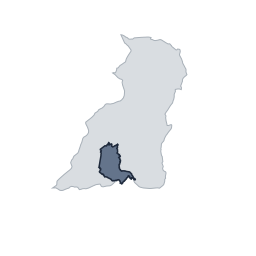 location of Yalinga, Haute-Kotto, Central African Republic, rotated 128°
{"feature_id": "33826404B77142922363915", "entity_name": "Yalinga", "entity_type": "district", "adm_level": 2, "iso_a3": "CAF", "parent_name": "Central African Republic", "parent_adm1": "Haute-Kotto", "projection": "orthographic", "projection_center": [23.642, 7.657], "detail": "fine", "context": "in_parent", "style": "filled", "palette": "slate", "viewbox_px": 256, "rotation_deg": 128, "n_neighbors": 0, "source": "geoboundaries", "source_scale": "gbopen_adm2", "svg_char_len": 8304}
<svg xmlns="http://www.w3.org/2000/svg" viewBox="0 0 256 256"><g transform="rotate(128 128 128)"><path d="M173.0,98.5L175.1,99.1L175.5,99.7L174.9,101.9L175.3,103.2L176.5,104.4L177.7,104.8L178.9,105.1L182.9,105.8L184.6,106.6L186.9,109.1L189.7,111.4L190.3,112.6L190.2,113.7L189.4,115.0L189.5,115.6L190.8,116.9L192.3,118.3L195.0,119.8L199.6,122.1L201.8,123.7L202.5,124.9L203.7,126.3L205.4,127.4L206.5,128.4L205.7,131.0L206.0,131.9L206.4,132.6L207.4,133.6L207.8,134.9L208.8,136.6L209.9,137.3L211.8,137.6L212.8,138.4L215.0,139.7L217.0,140.8L217.9,141.6L218.4,142.3L218.9,143.1L219.1,143.9L219.2,145.7L219.6,147.9L220.7,149.4L221.7,150.5L217.5,149.2L216.9,149.2L216.2,149.4L214.0,151.0L213.3,151.2L210.5,150.9L203.9,149.7L198.7,148.5L197.2,148.1L194.5,147.7L192.7,148.5L191.0,151.3L190.5,151.9L187.8,152.7L186.6,152.5L183.5,153.3L178.7,152.1L177.0,152.4L175.7,153.0L172.2,154.2L170.2,155.0L167.7,155.6L165.4,156.6L163.9,157.2L162.4,157.2L161.0,156.6L159.5,156.1L157.7,156.0L155.9,156.3L154.3,157.4L153.7,158.2L152.3,160.4L150.7,163.8L150.0,164.5L149.4,164.9L142.0,163.1L138.8,162.7L136.6,163.2L133.9,162.2L132.7,162.1L132.1,162.4L130.6,161.9L128.2,160.7L125.8,160.2L123.7,160.4L122.4,160.0L121.4,158.8L120.0,156.7L117.6,154.6L114.4,152.9L112.4,151.6L111.6,150.8L109.8,150.3L107.1,150.2L104.6,151.0L100.9,153.5L97.4,158.8L95.5,160.9L93.9,161.4L93.5,162.7L94.3,164.7L94.5,167.1L93.9,171.1L94.1,174.0L93.3,173.5L92.5,172.2L92.1,171.9L89.9,172.5L88.7,173.0L88.1,173.5L87.6,173.6L86.9,172.9L86.3,172.7L85.4,172.8L84.5,172.8L83.9,172.7L83.5,172.8L82.5,172.3L78.6,171.1L77.9,170.8L77.1,170.8L75.1,171.7L74.1,172.0L70.8,172.5L67.4,172.8L66.1,172.8L65.2,173.2L64.6,173.8L63.5,177.5L63.2,178.1L63.3,179.0L62.9,182.0L63.1,182.9L58.9,191.0L58.2,189.7L57.8,188.1L57.7,186.2L57.8,185.7L57.5,185.2L57.2,183.7L57.5,182.7L57.2,181.7L56.4,180.7L55.7,180.0L55.3,179.3L55.0,179.0L54.2,178.9L53.1,178.5L48.6,173.6L43.9,168.1L42.9,166.4L42.6,165.4L43.7,165.3L44.0,165.1L44.0,164.6L43.3,163.2L43.0,161.5L42.4,160.4L40.6,158.7L38.8,157.4L38.3,156.7L38.0,155.8L37.4,150.0L37.1,148.3L36.6,147.6L36.2,147.3L36.0,146.8L36.1,145.8L36.4,144.9L36.3,144.5L36.8,143.7L36.9,138.3L36.4,137.6L35.3,137.6L34.8,136.8L34.3,135.8L34.4,135.1L35.5,134.0L36.2,133.6L38.2,132.8L38.8,132.3L39.1,131.8L39.4,131.1L40.6,128.4L42.4,125.6L43.1,125.1L44.9,121.0L45.4,120.0L45.7,119.0L46.3,118.2L48.2,116.8L49.7,114.4L51.2,114.6L52.8,115.0L54.9,115.2L56.5,114.8L57.6,113.9L62.6,112.3L63.0,111.1L63.8,110.4L64.7,109.8L65.0,109.7L65.1,110.2L65.6,111.5L66.7,112.9L68.4,114.4L68.9,114.3L69.9,113.2L72.5,112.5L73.2,112.2L75.1,110.7L77.3,109.6L78.6,109.3L80.9,108.3L82.5,108.4L85.0,108.3L89.3,107.8L92.4,107.7L94.0,107.5L94.4,107.3L95.0,105.7L95.5,105.3L96.7,104.7L99.0,102.3L100.5,100.4L101.0,99.7L101.3,99.5L101.9,98.7L101.3,97.8L98.8,96.1L98.8,95.8L98.7,95.5L98.8,95.3L99.8,94.6L101.1,93.8L102.5,93.5L106.2,93.6L109.3,93.4L110.0,93.5L112.5,93.1L114.1,92.7L115.9,91.9L119.7,92.0L123.0,89.9L123.9,89.5L124.3,89.2L124.4,88.8L126.0,88.0L127.7,86.2L129.0,84.7L129.4,83.5L133.1,79.8L134.3,79.8L134.9,79.4L136.4,76.9L136.9,76.4L138.4,76.0L139.1,75.2L139.7,74.1L139.7,72.7L139.4,71.6L139.5,71.1L139.8,70.6L140.4,70.1L143.2,68.7L143.9,68.1L144.3,67.5L145.1,67.4L145.9,67.4L146.4,67.1L147.1,66.4L149.0,65.6L150.7,65.0L152.6,65.3L156.0,66.1L157.0,67.9L157.5,68.5L161.6,72.8L162.4,73.8L164.5,77.0L165.8,79.0L167.2,82.1L167.4,83.7L167.2,85.1L166.9,89.1L166.5,90.2L164.7,92.4L164.6,93.3L165.0,94.1L165.5,94.5L165.9,94.9L165.7,96.7L166.3,97.5L167.7,97.9L171.2,98.3L173.0,98.5Z" fill="#d9dde1" stroke="#a8b0b8" stroke-width="1"/><path d="M176.3,104.6L176.1,104.6L175.8,104.5L175.6,104.5L175.4,104.3L175.2,104.2L174.9,104.0L174.7,103.8L174.6,103.6L174.5,103.3L174.4,103.1L174.5,102.7L174.6,102.3L174.6,102.2L174.6,101.9L174.7,101.7L174.8,101.6L175.0,101.4L175.1,101.1L175.3,100.8L175.4,100.7L175.6,100.5L175.7,100.4L175.8,100.4L176.0,100.3L176.2,100.2L176.0,99.8L175.9,99.8L175.7,99.6L175.6,99.4L175.7,99.1L176.0,98.8L176.0,98.7L175.9,98.5L175.6,98.4L175.4,98.5L175.2,98.6L174.8,98.5L174.7,98.4L174.4,98.6L174.1,98.6L173.9,98.6L173.7,98.6L173.4,98.6L173.0,98.5L172.7,98.4L172.3,98.5L172.2,98.5L171.8,98.3L171.8,98.2L171.7,98.2L171.4,98.2L171.2,98.1L170.7,98.3L170.4,98.3L170.2,98.2L169.8,98.0L169.7,98.0L169.4,98.0L169.2,98.1L168.9,98.2L168.7,98.3L168.4,98.3L168.2,98.2L167.7,98.2L167.2,97.9L166.9,97.9L166.5,97.9L166.4,98.0L166.2,98.0L166.1,98.3L165.9,98.3L165.6,98.3L165.4,98.3L165.3,98.2L165.3,97.8L165.3,97.7L165.2,97.7L165.1,97.4L165.2,97.0L165.2,96.9L165.4,96.7L165.5,96.6L165.8,96.3L166.0,96.0L166.2,95.6L166.3,95.5L166.3,95.3L166.3,95.2L166.3,94.9L166.3,94.3L166.3,94.2L166.2,94.0L165.9,94.2L165.6,94.6L165.3,94.7L165.1,94.6L164.7,94.3L164.6,94.2L164.5,93.9L164.4,93.8L164.4,93.6L164.6,93.3L164.6,93.1L164.6,92.9L164.7,92.7L164.7,92.2L164.8,91.9L164.6,91.9L164.4,91.7L164.5,91.0L164.5,90.8L164.6,90.6L164.3,90.5L164.1,90.5L163.8,91.0L163.8,91.3L163.7,91.6L163.8,92.0L164.0,92.7L164.0,92.9L163.6,93.3L163.4,93.7L163.0,94.7L162.8,95.1L162.8,95.5L162.7,95.9L162.3,96.5L161.9,97.0L162.0,97.3L162.0,97.5L161.9,97.7L161.8,97.9L161.8,98.3L161.7,98.9L161.6,99.4L161.8,100.1L161.9,100.3L162.1,100.5L162.3,101.0L162.9,102.0L163.1,102.5L163.4,102.9L163.5,103.4L163.7,104.1L163.9,104.2L164.2,104.4L164.2,104.6L164.3,104.8L164.5,105.1L164.8,105.6L165.5,106.3L165.8,106.3L165.9,106.5L165.9,106.8L165.8,107.2L166.0,107.5L166.0,107.8L165.9,108.0L165.8,108.3L165.5,108.4L165.4,108.7L165.5,108.9L165.5,109.3L164.9,110.3L164.5,110.7L164.2,110.6L163.6,111.4L163.4,111.6L163.0,111.9L162.9,112.0L162.5,112.4L162.3,112.4L162.0,112.5L161.9,112.3L161.7,112.4L161.4,112.4L161.1,112.6L160.7,112.8L160.5,113.0L160.3,112.9L160.1,112.9L159.9,113.0L159.6,113.1L159.4,113.4L159.4,113.7L159.2,113.7L159.0,113.8L158.9,113.8L158.7,113.6L158.0,114.1L158.0,114.7L157.8,115.2L157.7,115.3L157.4,115.2L157.3,115.3L157.1,115.8L157.0,116.1L157.1,116.5L157.0,116.8L156.9,116.7L156.7,116.6L156.4,116.7L156.5,117.0L156.4,117.0L156.1,116.9L155.9,116.8L155.7,116.7L155.7,116.8L155.7,117.2L155.6,117.3L155.5,117.2L155.4,117.1L155.4,116.9L154.9,116.9L154.7,117.3L154.6,117.8L154.6,118.0L154.8,118.2L154.7,118.5L154.4,118.6L154.6,118.8L154.6,119.4L154.6,119.7L154.4,119.9L154.4,120.5L154.5,120.9L154.4,120.9L154.0,121.1L153.9,121.2L153.9,121.4L153.7,121.4L153.4,121.4L152.7,121.9L151.7,122.9L151.2,123.2L151.1,124.2L150.9,124.4L150.7,124.4L150.3,124.3L150.0,124.3L149.8,124.3L149.7,124.5L149.3,124.8L148.6,125.3L148.2,125.6L147.9,125.6L147.7,125.4L147.3,125.6L147.2,126.3L148.1,126.4L148.6,126.8L148.9,126.8L149.0,126.7L149.3,126.7L149.4,127.0L149.6,127.1L149.8,127.2L149.9,127.3L150.1,127.3L150.2,127.5L150.4,127.5L150.7,127.6L151.0,127.7L151.4,127.8L151.7,128.1L152.2,128.3L152.4,128.5L152.3,129.2L152.4,129.5L152.0,129.8L152.0,130.1L151.8,130.3L151.3,130.4L151.1,130.6L150.8,130.7L150.7,131.0L150.8,131.3L151.4,131.3L151.5,131.9L151.7,132.1L152.0,132.2L152.3,132.2L152.5,132.4L152.9,132.4L153.1,132.5L153.0,132.8L152.9,132.9L152.7,132.9L151.8,133.1L151.7,133.2L151.4,133.5L151.4,134.2L152.9,134.0L153.5,133.9L154.3,134.2L154.9,133.9L155.4,134.0L155.7,134.3L156.1,135.2L161.8,136.7L162.2,136.4L162.2,136.0L162.2,135.5L162.4,135.4L162.5,135.2L162.5,134.9L162.8,134.8L163.0,135.0L163.3,135.0L163.9,134.8L164.0,134.1L164.3,133.6L164.8,133.4L165.8,132.8L166.4,132.3L176.2,127.0L176.2,126.7L176.3,126.6L176.5,126.7L176.8,126.7L176.7,126.4L176.5,126.2L176.5,125.9L176.9,125.9L177.1,125.8L177.1,125.5L177.1,125.3L177.1,125.2L177.3,125.1L177.3,124.9L177.1,124.8L177.0,124.4L177.3,124.3L177.4,124.1L177.6,123.9L177.7,124.0L177.8,124.0L178.0,124.0L178.1,123.9L178.3,123.8L178.5,123.8L178.8,123.8L179.0,123.8L179.6,123.7L179.9,123.2L180.2,123.4L180.3,123.2L180.4,122.9L180.4,122.6L180.2,122.0L180.4,121.5L180.3,120.9L180.5,120.5L180.4,120.4L180.2,120.2L180.2,119.9L180.2,119.7L179.9,119.8L179.8,119.7L179.9,119.4L179.7,118.9L179.8,118.6L179.9,118.3L180.1,118.1L180.1,117.9L180.2,117.7L180.3,117.7L180.3,117.4L180.5,117.3L180.8,116.5L180.9,116.3L180.8,116.2L180.5,116.0L180.4,115.9L180.2,115.6L179.9,114.8L179.7,114.7L179.6,114.3L179.5,113.7L179.6,113.2L179.3,112.4L179.3,111.8L179.0,111.1L179.0,110.0L178.8,109.7L179.0,109.4L179.2,108.6L179.3,107.9L179.1,107.6L178.9,107.6L178.8,107.4L178.7,107.2L178.4,107.1L178.3,106.4L177.9,106.2L177.5,106.1L176.4,105.1L176.3,104.6Z" fill="#64748b" stroke="#1e293b" stroke-width="1.5"/></g></svg>